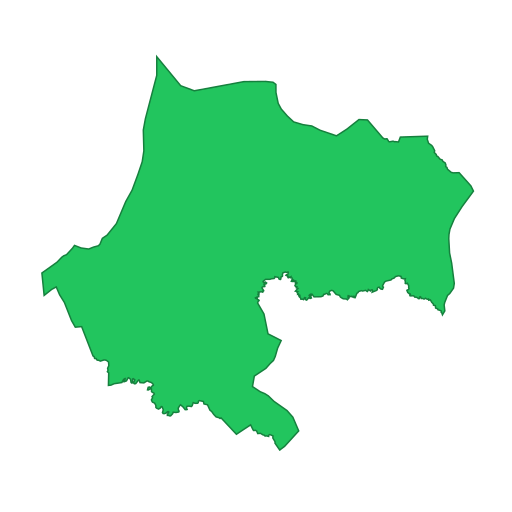 Bunza, Kebbi, Nigeria (orthographic projection), rotated 94°
{"feature_id": "59680162B46976557303871", "entity_name": "Bunza", "entity_type": "district", "adm_level": 2, "iso_a3": "NGA", "parent_name": "Nigeria", "parent_adm1": "Kebbi", "projection": "orthographic", "projection_center": [4.015, 12.213], "detail": "fine", "context": "isolated", "style": "filled", "palette": "green", "viewbox_px": 512, "rotation_deg": 94, "n_neighbors": 0, "source": "geoboundaries", "source_scale": "gbopen_adm2", "svg_char_len": 6076}
<svg xmlns="http://www.w3.org/2000/svg" viewBox="0 0 512 512"><g transform="rotate(94 256 256)"><path d="M287.9,468.4L310.1,464.6L303.5,457.4L300.8,453.1L308.4,449.2L315.7,443.9L333.3,435.5L339.6,431.3L338.6,425.0L367.1,411.6L367.7,410.4L369.2,410.0L369.6,409.5L369.4,408.5L369.6,408.1L370.6,407.7L371.0,406.8L371.0,405.7L371.7,403.9L370.3,400.4L370.3,399.2L370.5,398.0L372.0,395.7L375.7,395.2L378.4,396.2L380.3,395.6L381.8,396.2L382.8,394.8L395.4,394.2L394.9,391.6L393.3,388.6L391.6,381.0L388.6,379.6L387.5,378.5L387.4,378.0L388.7,378.3L389.8,379.1L390.6,379.2L390.6,378.6L389.6,376.5L386.4,375.0L386.3,374.5L387.7,372.6L390.9,371.8L391.4,371.1L391.2,370.4L387.2,370.4L386.9,369.9L388.0,368.2L391.1,369.3L391.8,368.7L392.0,367.9L391.6,367.0L387.9,364.5L387.9,363.9L390.4,362.9L390.4,359.0L388.4,356.2L388.3,355.0L388.9,354.1L389.4,351.9L390.2,350.6L391.5,349.4L392.1,349.4L392.9,350.6L394.4,351.4L394.5,352.3L394.1,353.1L394.5,354.4L397.1,354.9L397.2,354.2L396.0,352.2L395.9,351.0L398.4,350.8L399.2,350.0L399.8,348.4L400.8,347.8L403.5,349.9L404.7,349.3L406.7,350.3L407.6,350.0L409.0,349.1L409.8,346.9L412.0,345.5L414.1,345.3L414.8,344.4L415.5,342.5L414.4,340.9L412.8,340.0L412.9,339.2L415.8,337.8L418.7,338.4L419.6,337.7L419.7,336.6L418.9,334.6L417.6,333.6L417.3,332.8L417.7,332.1L420.5,333.4L421.2,333.3L421.1,332.4L421.6,330.6L421.3,329.9L419.1,328.1L417.6,327.7L417.7,324.9L417.0,322.2L416.1,321.9L415.1,322.6L413.2,323.0L410.5,321.6L409.7,320.9L411.8,318.1L414.2,316.0L414.2,315.0L413.9,314.0L412.4,314.8L410.8,314.4L410.4,312.4L410.7,310.0L409.8,309.2L406.6,308.4L407.2,306.6L407.0,304.1L406.4,303.4L404.9,303.3L404.2,302.4L404.8,298.3L407.2,297.6L407.8,294.0L413.0,291.2L414.2,289.4L417.0,287.1L419.3,284.6L419.9,281.6L420.6,280.5L419.9,279.6L435.2,263.1L424.8,249.6L429.8,246.7L430.3,246.0L429.9,244.4L430.6,243.1L433.0,241.9L432.6,239.1L433.9,236.7L434.2,235.2L435.0,234.4L434.7,233.0L435.1,230.8L434.1,230.8L433.3,230.3L433.2,229.5L434.3,226.5L436.4,226.5L440.0,224.0L441.4,224.0L447.9,218.8L443.8,214.1L427.5,201.2L414.2,208.0L408.0,214.3L399.7,228.0L394.7,233.9L392.7,237.6L391.1,242.3L386.5,250.4L375.9,249.3L367.4,238.3L362.3,234.4L359.0,231.3L354.9,229.8L346.4,228.0L338.6,225.0L332.8,238.6L313.3,244.0L302.8,251.1L301.1,250.7L300.3,249.8L299.8,250.0L299.0,251.8L297.7,251.9L298.2,253.5L297.8,253.7L296.7,251.8L296.4,250.4L295.3,250.5L294.3,251.4L293.8,251.3L294.0,250.4L292.8,250.4L291.9,251.3L291.3,248.1L291.6,246.8L290.1,246.6L290.3,246.0L290.0,245.9L287.5,247.8L286.7,247.7L286.1,246.7L285.9,245.2L285.4,245.0L283.8,246.1L283.3,246.0L283.3,244.3L282.2,243.5L281.3,244.8L281.8,245.8L281.6,246.9L281.0,247.2L280.5,246.9L278.6,244.8L278.3,240.6L277.6,238.8L277.2,236.4L276.0,235.6L275.3,235.7L275.8,232.1L277.3,231.5L277.8,230.2L277.4,229.7L275.1,229.5L274.6,228.4L274.0,228.1L273.0,228.4L270.9,228.0L269.9,225.6L270.3,224.5L269.7,222.9L270.4,222.6L272.2,223.0L272.7,224.5L273.2,224.8L274.0,222.5L274.7,222.9L275.5,222.3L274.2,219.7L275.3,219.9L275.4,218.5L276.7,218.0L277.3,217.1L277.4,218.6L278.8,219.0L278.9,217.2L278.0,216.8L278.6,216.1L278.0,214.6L278.4,214.4L279.3,214.9L280.0,213.2L280.7,213.5L280.7,214.7L281.8,214.6L282.7,215.1L283.8,214.4L283.8,213.1L285.0,213.4L285.4,211.9L288.3,214.2L288.6,212.0L289.1,212.6L289.8,212.4L290.5,211.4L291.4,211.7L291.3,210.8L292.7,210.5L292.2,209.6L293.1,209.3L293.9,209.7L294.8,208.6L296.0,208.2L295.8,206.6L296.2,205.5L294.1,204.7L294.2,203.7L295.5,204.0L296.5,202.8L296.4,202.3L293.2,199.8L293.5,199.2L294.5,199.2L294.5,198.6L294.0,197.8L292.5,198.6L291.2,198.0L291.8,199.6L291.5,200.2L290.7,199.6L290.2,198.7L290.2,197.4L292.7,195.3L292.1,188.4L291.2,186.4L289.5,185.8L289.5,185.0L288.4,183.3L288.6,182.2L289.6,181.4L289.4,179.4L288.4,179.7L288.1,180.3L287.4,180.6L286.6,180.3L285.6,179.7L285.0,178.1L285.3,176.7L288.7,173.4L289.4,170.0L291.1,168.9L291.9,167.5L292.6,166.0L292.6,162.7L293.3,161.8L291.4,160.3L290.8,160.8L290.7,161.4L289.1,161.3L289.1,160.5L290.2,159.8L289.5,158.2L290.1,157.3L290.2,156.1L289.5,156.3L289.4,155.3L290.6,155.2L290.7,154.2L286.2,152.8L285.4,151.7L284.3,151.2L283.2,148.5L283.5,147.2L282.6,144.2L283.7,142.5L282.9,141.9L281.6,141.6L282.9,139.4L281.9,138.8L281.6,137.8L282.2,137.3L284.0,137.6L281.9,133.3L281.1,132.6L280.0,132.8L278.9,132.2L278.5,130.9L279.5,130.2L280.3,129.0L280.4,127.5L278.2,126.7L277.6,127.5L276.7,127.6L272.9,125.9L271.9,124.4L270.5,119.7L269.3,118.7L268.4,116.7L266.8,115.4L265.8,112.5L266.2,109.9L267.9,109.5L268.5,106.9L268.2,105.4L270.1,105.7L271.1,105.2L272.9,105.2L273.2,104.4L272.6,103.1L275.0,101.6L277.0,101.5L277.8,101.1L278.7,101.5L279.7,103.1L281.8,102.1L282.8,100.7L282.9,99.7L283.6,99.3L284.2,99.9L285.0,99.5L284.7,95.9L286.0,94.7L285.9,93.4L286.4,91.9L287.2,91.1L287.1,90.0L285.5,89.9L285.1,89.4L285.3,88.9L286.9,88.1L286.7,86.7L287.2,85.7L287.1,84.9L286.3,84.1L287.1,82.4L287.2,81.6L286.8,80.9L287.2,80.5L288.0,80.5L287.6,79.0L289.9,77.5L291.4,75.8L292.7,75.5L293.0,73.6L295.4,73.2L296.0,71.1L296.9,70.8L297.7,67.7L298.3,67.3L299.2,67.4L299.9,66.6L301.7,65.9L297.6,63.8L291.7,64.9L289.2,64.5L282.0,62.2L279.9,60.1L274.3,56.7L269.5,56.3L249.5,60.3L239.5,63.1L225.2,64.9L221.1,65.0L215.6,64.4L204.8,60.7L192.2,53.8L176.1,43.6L171.1,46.5L158.7,59.2L159.3,64.8L159.0,67.0L156.1,71.0L154.3,71.7L153.6,73.0L151.9,72.9L149.9,73.8L148.6,76.2L147.2,76.9L146.6,79.1L144.1,81.5L143.6,82.8L142.1,83.3L140.3,85.4L138.5,85.1L134.6,87.4L133.4,88.5L131.5,91.7L127.6,93.3L124.5,93.1L127.3,120.3L132.3,121.8L132.2,125.2L132.4,125.6L131.9,127.3L132.8,130.8L132.6,131.5L129.9,133.5L130.3,135.9L129.3,137.8L112.5,154.3L112.7,162.8L123.1,174.2L130.5,184.1L126.1,200.8L122.4,209.4L121.7,218.3L119.6,227.8L114.1,234.6L107.6,241.1L102.2,244.5L91.5,247.5L83.5,248.1L81.5,251.1L81.2,258.6L82.9,280.3L95.5,329.1L91.4,343.0L64.1,368.9L82.7,367.6L126.7,375.9L138.2,377.2L158.9,375.2L170.0,376.1L182.6,379.4L199.0,384.2L210.7,389.7L233.4,397.5L245.6,406.0L249.1,410.5L255.1,412.5L256.8,414.0L258.4,418.6L260.7,423.4L260.2,431.0L258.1,437.8L260.9,439.5L267.9,445.1L269.2,447.8L270.8,449.7L276.1,454.1L287.9,468.4Z" fill="#22c55e" stroke="#15803d" stroke-width="1.5"/></g></svg>